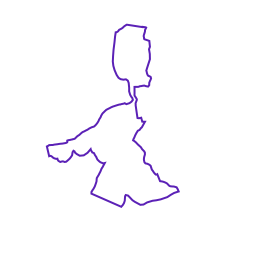 the district of Grande Riviere, Gros Islet, Saint Lucia, rotated 50°
{"feature_id": "8701671B51271106476031", "entity_name": "Grande Riviere", "entity_type": "district", "adm_level": 2, "iso_a3": "LCA", "parent_name": "Saint Lucia", "parent_adm1": "Gros Islet", "projection": "natural_earth1", "projection_center": [-60.952, 14.036], "detail": "fine", "context": "isolated", "style": "outline", "palette": "violet", "viewbox_px": 256, "rotation_deg": 50, "n_neighbors": 0, "source": "geoboundaries", "source_scale": "gbopen_adm2", "svg_char_len": 5939}
<svg xmlns="http://www.w3.org/2000/svg" viewBox="0 0 256 256"><g transform="rotate(50 128 128)"><path d="M46.8,75.9L49.7,79.2L53.7,83.3L58.7,88.7L63.1,93.0L67.3,96.9L71.0,99.3L75.1,101.1L80.1,102.6L83.5,103.0L85.8,102.3L88.0,100.5L89.4,98.3L91.6,97.7L93.9,98.5L98.0,101.3L100.7,103.6L104.0,105.0L106.2,105.4L107.7,105.4L109.6,106.2L110.1,108.4L109.9,110.9L108.7,113.9L106.9,114.6L106.8,115.0L106.6,115.6L106.3,116.1L106.0,116.7L105.3,118.0L105.2,118.4L104.9,119.0L104.6,119.3L104.3,119.9L103.6,121.5L103.4,122.0L103.2,122.5L102.9,123.2L102.2,125.0L102.0,125.4L101.8,126.0L101.6,126.7L101.4,127.3L101.1,128.6L101.0,129.3L100.7,130.3L100.6,130.8L100.3,132.1L100.2,132.6L100.1,133.0L100.2,134.0L100.2,134.6L100.2,135.1L100.3,135.6L100.4,137.0L100.4,137.5L100.5,138.1L100.7,138.9L100.9,139.4L101.3,140.5L101.5,141.0L101.9,141.6L102.3,142.5L102.5,143.3L102.7,143.9L102.9,144.5L103.1,145.0L103.4,145.5L103.7,146.1L103.9,146.6L104.3,147.9L104.5,148.4L104.6,149.0L104.7,149.5L104.9,150.3L104.9,150.8L105.0,151.4L105.0,151.9L105.1,152.6L105.0,153.2L104.8,153.7L104.0,155.6L103.9,156.3L103.8,156.7L103.6,157.4L103.4,158.5L103.4,159.1L103.3,159.8L103.2,160.3L103.1,160.9L102.9,161.4L102.8,162.1L102.5,163.4L102.4,163.9L102.0,165.2L101.9,165.6L101.9,165.9L101.9,166.4L101.9,167.8L102.0,169.2L102.0,170.0L101.8,171.1L101.8,171.7L101.7,172.0L102.0,175.6L101.8,176.2L101.6,176.7L101.1,177.5L100.8,178.4L100.4,178.9L100.1,179.7L99.9,180.0L99.6,180.5L99.3,181.0L98.9,181.7L98.6,182.6L99.1,182.9L99.3,183.2L99.7,183.5L99.9,183.8L99.6,184.8L99.6,185.1L99.4,185.5L98.8,186.5L97.9,188.1L97.2,189.1L96.5,190.1L95.7,191.4L95.3,192.1L94.7,193.1L94.4,193.5L94.1,194.0L93.5,194.9L93.1,195.6L92.9,196.1L92.6,196.6L92.4,196.9L92.2,197.1L91.5,198.0L91.0,198.7L90.6,199.1L90.4,199.5L90.4,199.9L90.4,200.3L90.0,202.0L98.9,206.5L99.0,206.1L99.2,205.8L99.5,205.3L99.8,205.1L100.2,204.9L100.9,204.7L101.4,204.6L102.4,204.5L102.9,204.3L103.8,204.0L105.0,203.2L105.3,203.0L105.6,202.7L105.8,202.3L106.1,201.8L107.3,202.3L107.9,202.4L108.5,202.4L108.9,202.3L109.6,202.0L110.0,201.9L110.5,201.7L111.3,199.8L112.1,199.0L113.3,198.4L114.1,197.0L114.1,195.3L114.0,192.5L113.6,190.5L113.0,188.4L110.9,186.0L110.4,184.4L111.6,184.0L112.8,184.4L115.0,184.0L118.2,182.8L120.5,179.5L121.0,175.0L120.2,170.2L121.0,170.6L122.1,170.8L123.1,170.9L123.7,171.1L124.1,170.9L124.8,170.5L125.4,170.2L125.7,170.2L126.2,170.4L126.8,170.6L127.3,170.7L127.7,170.7L128.4,170.8L129.1,170.9L129.4,170.9L130.1,171.0L130.4,171.2L131.1,171.3L131.6,171.5L132.1,171.6L132.6,171.7L134.7,171.5L135.9,171.3L136.6,171.1L139.2,169.7L139.9,168.3L140.2,169.0L140.5,169.7L140.6,170.0L140.8,170.7L141.1,171.3L141.3,171.8L141.6,172.5L141.8,173.2L142.0,173.9L142.1,174.3L142.5,175.0L142.9,175.8L143.2,176.3L143.5,176.9L144.1,178.2L144.4,179.1L144.8,179.9L145.0,180.3L145.5,181.8L145.9,183.0L146.2,183.9L146.6,184.4L147.0,184.9L147.4,185.2L147.7,185.5L148.7,186.5L149.9,188.4L150.9,190.1L151.1,190.5L151.5,191.1L151.6,191.5L151.9,192.2L152.5,193.8L152.7,194.6L152.8,195.1L153.2,196.2L153.4,196.9L153.7,197.3L154.1,197.6L154.5,197.9L154.8,198.2L184.0,183.8L183.9,183.4L183.8,182.4L183.7,181.7L183.6,181.3L183.4,180.7L183.2,180.1L183.0,179.5L182.4,178.5L182.2,178.1L181.9,177.7L181.5,177.1L178.9,174.6L178.6,174.3L178.5,174.1L178.2,173.7L178.1,173.3L177.9,172.8L179.8,171.4L182.5,171.2L186.2,171.0L189.0,170.2L194.8,167.9L196.6,165.3L197.3,161.2L199.5,156.0L201.5,152.9L203.7,148.8L205.0,145.4L206.2,142.3L206.7,138.1L207.4,134.4L208.6,131.4L209.2,130.0L206.6,129.2L204.6,128.9L204.3,129.2L203.3,129.8L202.3,130.5L201.0,131.9L200.1,132.8L199.0,133.5L197.9,133.6L196.5,133.7L195.8,133.7L195.2,133.9L194.6,134.1L193.7,134.5L192.2,135.3L191.2,136.0L190.8,136.3L190.3,136.7L190.1,137.0L189.5,137.4L189.3,137.6L182.3,135.3L182.3,135.5L182.0,136.1L181.6,136.6L181.1,136.6L180.7,136.8L180.2,136.7L179.7,136.8L179.0,136.8L178.0,136.7L177.5,136.6L176.3,136.5L175.9,136.5L175.4,136.5L174.2,136.1L173.7,135.8L173.4,135.8L172.6,135.4L172.2,135.3L171.7,135.0L170.5,135.1L169.5,135.4L168.6,135.8L168.0,136.1L167.6,136.3L167.2,136.7L166.6,137.2L166.2,137.4L164.8,137.4L164.6,137.3L164.0,137.0L163.4,136.7L163.0,136.5L162.0,135.8L161.7,135.4L161.3,135.1L161.0,134.7L160.5,134.1L159.9,133.2L159.6,132.7L159.2,132.2L158.9,131.8L158.4,131.5L157.9,131.0L157.5,130.8L156.9,130.8L156.5,130.6L155.8,130.6L155.3,130.7L154.3,130.7L153.7,130.8L153.2,130.8L152.6,130.7L152.2,130.6L151.5,130.6L151.1,130.5L150.6,130.5L150.0,130.6L148.9,130.8L148.3,130.8L147.4,131.0L143.9,131.2L141.5,131.7L140.8,132.0L140.7,131.8L140.2,131.3L139.6,129.9L139.4,129.4L139.2,129.0L138.9,128.4L138.6,127.9L137.8,126.2L137.6,125.5L137.2,124.7L136.9,123.7L136.8,123.3L136.6,122.8L136.4,122.3L136.6,121.5L136.8,120.9L136.9,120.3L136.8,119.9L136.6,119.1L136.4,118.1L136.4,117.0L134.1,111.0L132.3,113.0L128.6,111.3L127.6,113.3L126.5,114.3L125.6,113.8L115.6,107.6L114.8,106.9L114.3,106.6L114.0,106.3L113.8,106.1L112.5,103.8L112.3,103.4L112.0,103.1L111.7,102.8L111.4,102.7L110.8,102.6L109.6,102.4L107.9,102.2L107.5,102.2L107.4,102.1L107.0,101.9L106.5,101.5L106.1,101.1L105.4,100.5L100.7,96.6L103.2,93.5L103.5,92.5L103.6,92.1L104.6,90.6L104.8,90.1L105.1,89.6L105.5,89.1L105.8,88.4L106.1,88.2L107.1,87.6L107.7,87.2L108.0,86.9L108.5,86.6L108.8,86.3L109.2,85.9L108.8,84.2L107.0,82.6L106.3,81.3L105.5,79.6L104.8,78.4L103.3,77.8L101.5,78.6L101.2,78.9L100.1,78.9L98.8,78.5L98.1,78.2L97.2,77.7L96.8,77.5L96.1,77.2L95.7,77.0L95.4,76.5L95.2,76.1L94.8,75.6L89.4,67.0L85.3,63.7L81.2,61.3L79.9,59.0L75.0,55.7L73.3,56.7L70.5,58.4L69.8,58.2L69.4,57.9L69.0,57.6L67.8,57.0L67.5,56.7L67.1,56.3L66.8,55.7L66.4,55.3L66.2,54.7L65.8,54.3L65.5,53.7L64.9,52.9L63.9,52.0L62.8,49.5L62.7,49.5L61.9,50.0L59.9,51.8L60.1,52.0L48.1,62.5L48.0,62.9L47.9,63.4L47.9,63.9L47.8,64.4L47.7,65.0L47.7,65.7L47.7,66.5L47.8,67.1L47.8,68.3L47.5,70.0L47.4,70.4L47.1,71.6L47.2,72.2L47.4,72.8L47.5,73.3L47.5,73.8L47.5,74.2L47.4,74.5L47.3,75.0L47.2,75.4L46.8,75.9Z" fill="none" stroke="#5b21b6" stroke-width="2"/></g></svg>